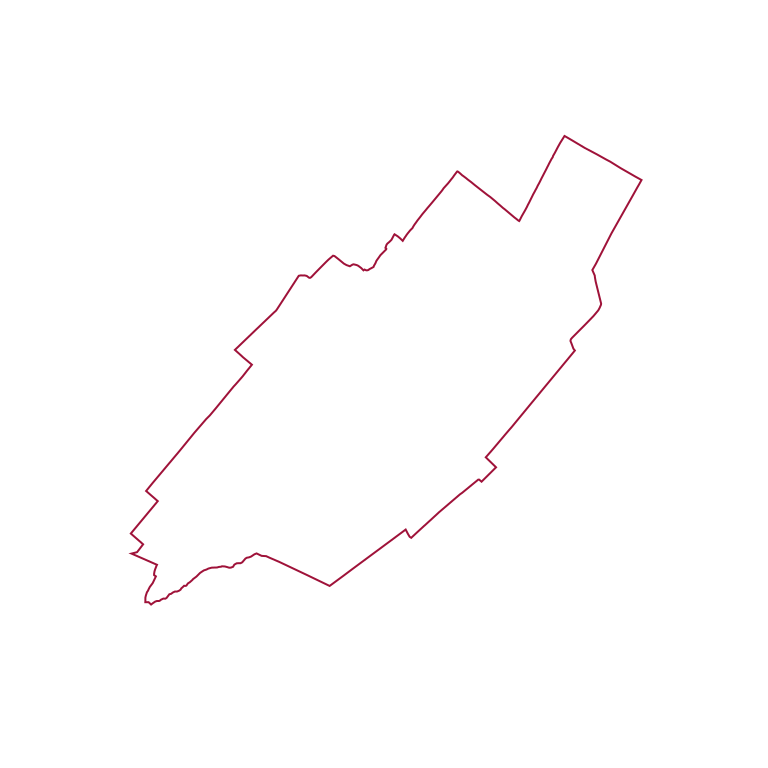 Schela, Galati, Romania (orthographic projection), rotated 37°
{"feature_id": "2599482B45960847446276", "entity_name": "Schela", "entity_type": "district", "adm_level": 2, "iso_a3": "ROU", "parent_name": "Romania", "parent_adm1": "Galati", "projection": "orthographic", "projection_center": [27.845, 45.517], "detail": "fine", "context": "isolated", "style": "outline", "palette": "rose", "viewbox_px": 768, "rotation_deg": 37, "n_neighbors": 0, "source": "geoboundaries", "source_scale": "gbopen_adm2", "svg_char_len": 4431}
<svg xmlns="http://www.w3.org/2000/svg" viewBox="0 0 768 768"><g transform="rotate(37 384 384)"><path d="M263.1,518.9L261.9,537.1L261.0,560.5L258.8,602.2L258.4,612.6L273.8,613.7L271.8,655.8L288.1,657.0L288.0,666.9L284.4,671.4L311.5,665.0L311.7,666.1L312.0,667.1L312.7,669.6L313.3,671.3L313.7,672.2L314.6,673.9L315.4,675.0L315.9,675.0L317.1,674.9L317.6,674.9L319.1,682.2L319.1,687.0L319.6,689.9L319.9,690.9L320.0,693.0L321.1,696.2L322.0,698.2L324.0,700.9L324.7,701.9L327.3,699.9L330.7,700.3L331.2,698.5L332.2,695.5L333.2,694.0L335.0,692.6L335.4,691.9L335.7,690.5L336.9,688.2L338.6,687.0L339.1,685.7L339.1,681.1L340.3,679.6L340.8,677.7L341.9,675.6L343.6,674.3L344.7,672.5L345.3,670.7L345.1,669.2L345.4,667.9L345.8,665.4L346.4,665.1L347.1,664.6L347.5,663.9L347.4,661.3L347.7,660.5L348.2,659.2L348.9,655.8L348.9,654.8L350.1,650.7L350.8,645.6L351.4,643.8L352.3,641.3L353.9,639.0L354.8,637.1L356.9,634.4L358.1,633.4L361.1,631.0L362.2,629.5L363.9,627.9L364.3,627.1L366.7,625.5L368.9,624.6L370.9,623.9L372.2,622.8L373.5,620.7L373.3,619.6L373.2,618.4L373.6,617.3L374.3,615.8L376.1,614.3L377.3,613.4L378.1,611.7L378.4,606.8L379.0,605.3L380.5,603.7L381.7,601.8L383.0,598.0L384.2,596.0L389.7,594.9L393.5,592.4L396.8,591.7L407.5,589.1L437.5,582.9L462.1,578.0L463.0,575.0L467.2,560.9L470.0,551.2L476.6,528.9L480.9,514.4L487.6,491.7L488.9,487.2L493.3,489.3L495.7,490.3L496.5,490.6L498.3,490.5L499.7,482.6L501.5,472.8L501.6,472.6L502.4,468.2L505.0,454.1L505.0,453.9L511.1,426.3L511.9,423.9L514.8,411.9L516.8,403.7L517.5,403.1L520.7,403.3L523.6,383.1L509.4,381.3L510.1,372.0L510.7,361.2L511.2,352.0L511.6,345.4L511.9,341.3L512.1,336.5L512.3,331.7L513.2,311.1L516.3,242.4L514.0,241.8L509.8,239.1L507.0,237.4L506.8,237.0L506.3,235.8L506.4,233.8L508.9,215.7L510.4,203.7L510.8,196.2L510.4,193.5L509.6,190.1L509.0,189.1L502.1,183.5L495.2,177.9L491.4,174.8L488.5,172.1L487.8,171.4L487.1,170.6L481.8,167.6L480.9,160.5L475.0,126.8L469.3,84.0L468.0,74.5L467.6,71.1L466.9,66.1L459.9,67.1L455.0,67.7L443.1,69.2L430.8,70.3L426.5,71.0L415.6,72.5L402.6,74.6L394.3,75.5L387.8,76.2L381.7,76.9L378.9,77.3L379.6,85.4L380.3,90.4L381.3,96.4L381.8,100.3L382.2,101.1L382.3,101.8L382.3,102.0L382.3,102.7L382.3,102.9L382.5,104.3L383.2,108.7L383.7,111.2L383.8,112.1L384.0,113.0L384.5,115.8L385.1,119.4L385.6,122.3L386.1,125.3L386.6,127.8L387.1,130.7L387.4,133.0L387.7,134.4L388.0,135.9L388.3,138.2L388.4,138.7L388.6,139.9L389.0,142.8L389.4,144.8L389.9,147.5L390.7,151.7L391.1,154.3L391.6,156.7L392.2,160.6L392.6,163.8L393.0,167.0L393.9,172.0L393.9,172.5L392.6,172.6L390.0,172.5L388.0,172.5L378.9,172.0L375.1,171.8L373.2,171.8L371.8,171.7L369.3,171.5L365.9,171.3L362.5,171.0L356.3,170.7L352.6,170.8L347.2,170.7L336.6,170.5L332.3,170.3L331.1,170.3L329.6,170.3L328.7,170.3L327.8,170.3L325.7,170.2L323.7,170.2L322.1,170.2L321.6,170.2L321.1,170.3L320.4,170.2L319.2,170.1L318.1,170.0L316.6,169.9L315.6,169.9L315.2,169.9L314.8,170.0L314.6,170.1L314.5,170.3L314.5,171.2L314.5,172.4L314.5,174.2L314.5,175.6L314.6,177.1L314.6,178.3L314.5,180.3L314.5,181.9L314.4,185.2L313.8,191.8L313.9,193.6L313.9,195.4L313.8,197.8L313.2,210.6L313.1,212.1L313.1,212.4L312.9,215.8L312.8,217.0L312.7,219.9L312.5,223.4L312.4,225.5L312.4,229.2L312.3,233.1L312.4,236.1L312.4,237.8L312.5,239.5L312.7,241.3L312.9,242.4L312.6,244.3L312.4,246.0L312.4,247.0L312.3,249.2L312.3,251.6L312.4,252.6L312.4,253.6L312.5,255.2L312.7,257.4L312.8,258.4L311.1,258.2L309.5,258.0L308.0,257.9L306.0,257.8L302.3,258.1L302.3,258.5L302.3,258.9L302.9,262.5L303.2,264.3L303.0,265.9L302.7,267.7L302.2,269.8L302.2,271.2L303.2,274.4L304.0,274.4L304.5,274.6L304.6,274.8L304.7,275.3L304.1,279.7L303.6,283.3L303.7,285.6L303.8,290.1L304.5,292.9L304.8,295.5L305.2,296.8L304.6,298.2L304.3,298.8L304.0,299.5L303.2,301.1L303.1,301.7L303.0,302.2L302.4,303.1L301.8,303.6L301.5,303.8L301.1,304.0L299.6,304.3L299.2,305.6L296.0,305.1L293.5,305.1L292.5,305.1L291.6,305.2L290.5,305.5L289.3,306.0L287.7,306.7L287.0,307.6L285.9,310.5L282.5,311.6L279.5,312.0L272.7,311.7L267.5,311.6L266.1,312.2L264.8,318.1L264.3,321.3L262.9,331.6L262.3,336.3L261.6,342.4L261.3,343.2L261.0,343.8L260.2,344.2L258.2,344.2L257.2,344.2L255.2,345.1L253.6,346.4L252.2,347.3L250.8,348.9L253.6,389.0L253.6,390.6L253.1,393.0L248.9,418.6L244.4,446.5L249.2,446.9L253.6,447.3L255.3,447.5L266.9,448.1L266.6,456.4L266.6,457.2L266.5,463.1L265.7,474.0L265.4,476.8L265.4,477.4L265.2,482.0L264.3,504.5L263.8,514.0L263.1,518.9Z" fill="none" stroke="#9f1239" stroke-width="2"/></g></svg>